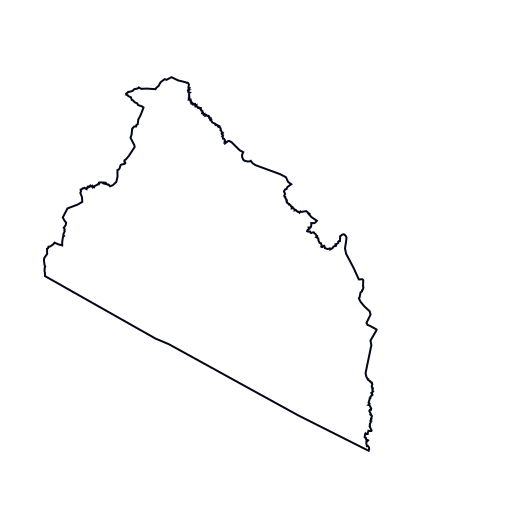 the district of Kabambare, Maniema, Democratic Republic of the Congo, rotated 28°
{"feature_id": "63176286B85957320837216", "entity_name": "Kabambare", "entity_type": "district", "adm_level": 2, "iso_a3": "COD", "parent_name": "Democratic Republic of the Congo", "parent_adm1": "Maniema", "projection": "orthographic", "projection_center": [27.672, -4.419], "detail": "fine", "context": "isolated", "style": "outline", "palette": "ink", "viewbox_px": 512, "rotation_deg": 28, "n_neighbors": 0, "source": "geoboundaries", "source_scale": "gbopen_adm2", "svg_char_len": 6017}
<svg xmlns="http://www.w3.org/2000/svg" viewBox="0 0 512 512"><g transform="rotate(28 256 256)"><path d="M253.4,176.1L249.5,175.5L245.5,172.4L239.2,172.4L213.0,176.0L209.4,175.7L206.7,174.4L206.1,175.3L204.5,176.4L201.0,177.3L199.3,176.8L197.0,174.8L196.2,173.1L196.0,170.3L191.9,170.3L181.0,167.0L178.3,167.0L177.4,167.6L175.9,170.9L175.4,170.0L174.9,170.5L174.7,169.9L175.0,169.7L174.1,168.3L172.7,167.6L171.8,167.9L170.7,166.5L170.1,166.3L170.4,165.3L168.9,164.5L169.2,163.9L168.2,163.7L168.4,162.9L168.1,163.0L166.1,161.5L165.6,161.5L165.4,160.6L164.6,159.8L163.6,159.4L162.7,159.5L162.8,158.6L162.0,158.6L161.3,159.2L160.7,158.6L159.6,158.7L159.2,159.3L158.5,159.2L158.0,158.4L154.8,158.6L153.2,157.7L152.8,157.1L153.1,156.5L152.4,157.0L152.4,156.4L151.6,156.4L151.4,156.0L151.0,156.6L150.3,155.8L149.9,156.1L149.5,155.9L149.3,154.9L148.7,154.7L148.6,155.0L148.0,154.6L147.4,155.1L146.5,154.9L146.1,155.3L146.2,154.8L145.8,154.7L145.1,155.2L144.7,155.0L143.8,155.7L143.7,155.3L143.5,155.6L143.1,155.1L142.3,154.8L141.7,155.0L141.8,155.3L141.5,155.3L141.5,154.9L141.0,155.3L141.5,154.2L140.9,154.0L140.5,153.1L139.2,153.2L138.8,152.6L138.2,152.4L137.9,151.3L137.5,151.4L137.8,151.7L137.6,152.2L136.1,152.2L135.9,151.9L135.3,152.4L134.3,151.6L133.2,151.8L133.0,151.4L132.9,151.8L132.6,151.5L132.3,151.8L132.2,151.1L131.9,151.4L131.1,150.6L130.8,151.1L130.3,150.6L129.8,151.0L129.8,150.6L129.5,151.3L128.9,151.1L128.9,151.5L128.3,151.2L128.2,151.5L127.6,151.1L127.7,150.9L127.4,151.3L127.2,150.8L126.7,151.0L126.5,150.4L126.2,150.4L125.8,149.8L125.6,150.1L124.9,149.2L123.9,149.4L124.0,149.1L123.6,149.3L123.6,149.1L123.1,149.4L122.9,148.4L122.5,148.1L122.8,147.4L122.6,146.9L121.6,146.2L121.6,145.5L120.5,143.7L120.8,142.9L120.2,143.1L119.6,142.7L119.3,143.0L118.2,141.8L118.6,141.2L117.8,141.5L118.2,141.1L118.1,140.4L118.8,140.6L118.1,140.0L118.4,138.9L117.3,139.0L116.2,136.0L115.2,135.3L114.2,135.1L113.7,135.6L112.0,135.7L104.8,137.5L97.5,137.8L94.2,142.5L92.4,142.7L90.2,147.3L90.1,151.7L89.1,154.1L88.9,155.9L80.9,159.5L76.2,162.3L73.4,162.2L73.0,163.5L70.1,166.0L69.6,168.0L67.2,170.5L66.1,171.1L65.8,172.4L65.1,173.6L65.7,174.5L67.4,174.3L68.2,174.8L71.1,174.6L73.0,176.5L74.0,176.3L76.7,177.2L79.5,177.0L81.0,178.1L85.3,177.4L87.0,177.7L88.0,185.7L88.0,190.8L89.7,195.2L88.9,196.6L89.3,197.9L87.6,198.9L86.9,201.8L89.1,207.0L89.7,210.5L96.6,215.3L97.7,216.8L96.7,227.6L95.7,232.0L95.0,233.2L95.4,234.5L96.5,234.7L97.0,235.5L96.5,236.4L94.1,238.6L93.8,239.5L94.4,242.5L94.2,244.1L93.3,245.1L96.5,251.0L97.9,256.2L96.8,259.5L96.2,260.9L94.4,263.0L93.2,262.4L91.9,262.6L91.9,262.3L89.5,262.9L89.4,262.2L88.8,261.9L88.4,262.2L88.3,262.8L87.8,262.4L87.2,262.5L87.1,263.5L85.6,263.3L83.7,264.2L83.5,265.1L83.0,265.2L83.5,266.5L82.7,266.8L81.9,268.4L81.1,269.3L80.6,270.4L80.8,271.3L80.0,271.3L80.2,270.7L79.8,270.9L79.0,270.9L79.1,271.4L78.6,271.0L78.3,271.8L76.7,271.5L76.6,273.1L75.5,273.2L75.0,273.6L75.3,274.3L74.9,274.4L75.0,275.6L74.5,275.8L74.8,276.5L72.4,276.4L72.2,277.0L71.0,277.8L70.9,278.8L70.0,279.7L71.2,281.3L71.3,282.8L74.7,285.7L77.2,289.8L74.4,294.3L67.2,302.5L67.3,312.7L70.3,314.7L72.7,315.7L73.5,318.2L73.0,321.3L73.9,321.7L74.7,322.6L74.8,323.5L75.5,324.0L75.7,327.3L76.2,328.2L77.1,328.4L76.6,329.8L78.3,334.6L79.9,337.6L75.9,338.5L71.8,338.8L71.6,340.6L70.1,343.7L69.2,344.9L68.4,345.2L68.7,346.8L68.1,347.7L70.6,352.2L70.0,357.0L70.7,359.3L73.9,363.7L74.8,364.2L75.1,366.0L76.5,368.8L77.6,370.0L79.1,372.8L206.1,376.1L220.4,374.8L367.4,376.9L446.9,375.1L446.5,373.2L445.3,371.7L443.9,371.2L443.2,371.8L441.4,369.7L440.4,367.5L441.2,367.2L441.5,366.1L440.7,366.0L440.1,366.4L439.1,366.0L438.5,365.0L437.1,365.1L436.0,362.3L436.0,361.6L436.4,361.9L436.6,361.4L437.0,361.5L438.2,360.7L437.6,359.6L437.6,358.3L437.3,357.6L440.0,356.4L439.9,355.7L436.2,353.0L436.1,352.6L436.3,352.4L435.4,350.9L435.4,349.2L434.5,348.0L435.0,347.5L434.5,347.3L434.5,346.7L434.0,345.9L434.4,345.4L433.7,344.5L433.7,343.4L433.1,342.6L431.6,342.4L431.8,341.8L428.8,339.6L428.7,338.4L429.0,338.0L429.7,337.8L429.4,336.7L427.0,334.9L425.8,334.5L425.2,334.7L425.7,333.4L425.5,332.9L424.2,332.6L423.6,329.1L423.2,328.3L423.6,328.1L423.7,327.5L423.1,326.4L424.0,323.9L423.2,323.1L422.9,323.4L422.1,322.8L423.0,320.6L421.7,319.8L421.6,318.8L421.1,318.6L421.2,317.8L420.1,317.5L419.3,316.7L419.0,314.8L418.1,313.7L417.6,313.8L417.3,313.3L415.8,313.3L415.4,312.9L413.2,312.8L412.9,312.1L412.3,312.2L410.1,310.8L407.7,307.9L399.7,280.5L396.8,277.0L397.2,265.1L396.9,264.3L388.8,264.2L386.9,264.5L385.0,263.2L384.6,253.9L382.4,251.5L375.3,249.6L369.5,247.2L366.7,245.0L366.9,244.1L365.4,239.1L366.2,237.5L365.7,236.4L366.1,235.5L365.6,233.3L364.9,232.8L362.0,226.9L360.8,226.6L357.8,228.4L347.6,220.6L334.6,211.8L331.0,207.5L328.1,199.2L327.1,197.1L325.7,196.1L324.1,195.6L323.3,195.6L322.3,196.4L321.0,199.1L323.1,203.3L322.2,203.9L321.9,204.8L322.5,205.6L321.9,207.1L320.9,208.1L321.4,208.3L321.7,209.0L321.0,209.0L321.2,210.1L320.0,211.3L319.9,212.9L319.2,214.3L318.5,214.6L318.4,215.0L318.1,214.5L317.6,214.7L316.0,216.2L313.2,216.7L311.9,215.2L311.3,215.0L310.3,217.1L309.6,217.3L309.2,217.1L309.0,215.8L307.4,214.3L306.0,214.5L304.0,213.1L302.7,211.2L300.3,211.1L300.9,210.1L300.7,209.7L299.2,209.3L298.2,208.6L297.0,208.6L296.2,208.0L295.3,208.3L293.8,209.9L293.4,209.9L292.2,209.0L290.9,209.9L289.5,210.1L289.3,208.8L290.3,206.8L289.2,206.1L290.7,205.1L290.8,204.5L290.4,202.9L289.3,201.0L291.9,199.7L292.7,198.6L293.2,196.3L286.6,195.6L282.6,194.1L283.1,193.6L279.3,192.8L274.6,196.3L274.3,196.1L274.1,197.3L273.2,197.0L272.6,197.4L272.0,197.1L270.9,197.3L269.7,196.7L269.0,196.8L268.6,197.5L268.2,196.7L266.8,196.6L266.6,196.3L265.8,196.5L265.6,196.2L265.1,197.0L264.4,195.6L263.4,195.6L262.5,194.9L261.0,195.1L260.7,194.4L258.9,194.6L257.6,193.8L257.6,193.0L256.8,192.7L256.8,192.1L256.2,191.7L255.2,191.5L255.0,191.2L255.3,191.2L254.2,190.6L254.1,190.1L253.5,190.2L252.7,189.7L252.5,187.5L250.3,185.8L250.5,183.4L251.5,182.6L251.3,180.5L253.4,176.1Z" fill="none" stroke="#020617" stroke-width="2"/></g></svg>